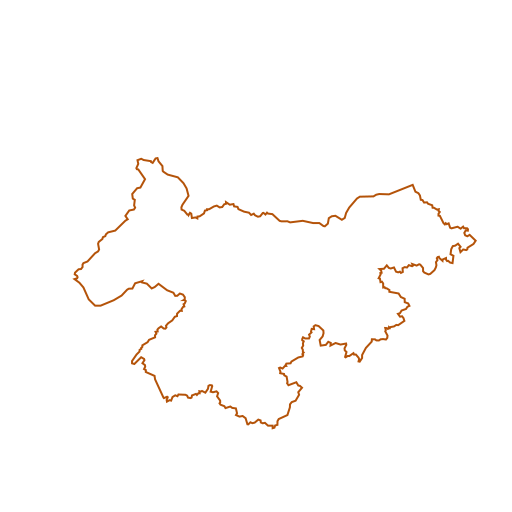 outline of Ambatondrazaka, Alaotra-Mangoro, Madagascar, rotated 44°
{"feature_id": "10022922B15285270155057", "entity_name": "Ambatondrazaka", "entity_type": "district", "adm_level": 2, "iso_a3": "MDG", "parent_name": "Madagascar", "parent_adm1": "Alaotra-Mangoro", "projection": "orthographic", "projection_center": [48.499, -17.866], "detail": "fine", "context": "isolated", "style": "outline", "palette": "amber", "viewbox_px": 512, "rotation_deg": 44, "n_neighbors": 0, "source": "geoboundaries", "source_scale": "gbopen_adm2", "svg_char_len": 6135}
<svg xmlns="http://www.w3.org/2000/svg" viewBox="0 0 512 512"><g transform="rotate(44 256 256)"><path d="M141.5,398.7L147.5,397.9L153.7,398.5L165.8,403.4L174.8,403.5L178.7,399.7L184.4,386.6L186.8,377.8L186.7,369.8L187.2,367.9L189.7,365.3L188.0,359.6L191.5,353.4L191.6,354.4L192.2,354.3L196.7,351.7L203.5,351.8L204.7,348.7L205.2,343.7L215.8,342.4L222.1,339.8L225.6,340.8L227.0,339.3L227.3,335.9L230.3,334.5L233.4,335.1L234.9,336.8L234.6,337.9L235.3,337.2L236.8,337.2L237.7,339.7L237.4,341.0L239.5,342.1L238.9,343.3L239.4,346.1L240.7,347.0L239.4,348.2L239.3,352.3L240.9,354.1L239.8,356.1L240.5,360.5L239.5,365.5L239.7,368.7L241.2,369.6L241.3,371.2L240.0,372.3L236.7,372.6L236.1,375.7L236.2,377.4L237.7,378.6L236.4,380.3L238.3,381.1L238.4,383.2L239.9,384.6L237.3,390.6L237.9,393.3L236.3,399.2L237.4,400.4L237.3,402.0L238.0,402.5L237.5,404.4L238.6,405.7L238.5,409.8L239.8,417.7L241.4,419.3L243.5,418.2L243.7,408.6L247.0,407.8L248.1,408.4L248.8,412.0L251.9,411.6L253.2,412.6L254.0,415.1L256.0,414.6L257.3,416.0L266.3,412.7L269.0,414.8L287.7,422.1L288.5,422.2L289.8,419.0L290.6,418.9L291.7,421.6L293.1,422.6L294.0,419.7L295.4,419.0L293.9,415.4L294.7,412.3L296.9,411.4L296.4,409.5L301.7,404.8L303.5,404.3L305.5,405.1L307.7,403.6L308.0,402.6L306.8,400.8L308.6,396.9L310.0,397.0L309.9,394.7L310.8,393.9L309.2,392.6L310.5,391.8L310.9,390.6L314.5,389.5L313.7,384.9L312.0,382.4L312.5,380.9L314.1,379.7L314.9,380.0L317.6,385.1L319.7,383.9L321.6,380.8L324.0,380.9L325.5,384.0L330.6,384.9L331.9,386.1L332.1,387.3L333.8,387.6L337.6,386.0L339.7,386.6L342.1,382.1L344.4,381.8L347.4,379.6L351.6,382.3L352.1,384.3L355.7,383.0L357.5,380.4L361.2,379.9L366.7,383.0L367.4,382.5L367.5,379.5L369.5,378.8L370.8,376.8L371.3,372.1L373.5,371.1L375.1,372.4L377.0,371.7L378.3,369.8L382.5,369.7L385.8,366.5L387.6,368.3L388.5,366.7L387.5,364.6L388.7,362.6L386.2,359.9L385.6,357.5L389.1,348.6L385.5,341.3L383.5,339.1L383.2,336.3L385.0,332.6L383.4,325.9L381.0,324.6L380.6,318.8L377.8,318.9L376.4,319.8L372.7,318.8L369.1,326.4L366.7,325.9L366.3,324.8L361.8,321.5L359.2,322.2L358.1,321.4L354.8,323.5L353.9,322.2L350.4,320.6L350.9,319.4L353.3,318.5L353.2,315.2L354.1,314.1L353.0,313.8L352.6,312.3L355.4,309.2L354.8,307.3L356.9,299.6L359.3,295.8L358.7,294.4L357.5,294.3L357.3,292.3L356.4,292.5L354.8,290.9L352.8,290.3L352.2,287.7L350.4,286.2L349.6,284.2L347.8,284.5L346.9,283.6L346.3,281.8L348.6,281.2L351.4,278.5L350.7,276.6L348.8,275.7L349.0,272.4L348.0,272.1L346.7,269.7L348.6,268.3L346.4,266.6L346.8,264.5L349.7,262.9L356.2,262.8L358.2,264.6L359.8,267.6L360.1,272.2L364.8,275.5L368.0,271.4L367.6,267.5L370.2,266.6L371.8,268.7L373.7,263.3L378.3,261.0L381.6,256.4L382.7,257.2L383.8,260.9L385.4,262.2L387.8,262.2L390.2,266.7L390.9,266.6L391.4,264.2L392.6,263.2L393.6,258.2L395.0,258.8L396.3,257.5L400.4,257.9L401.8,258.5L403.0,260.6L404.0,260.0L403.2,255.7L401.1,253.5L398.9,245.8L398.7,237.2L397.2,235.4L399.5,233.3L401.2,233.1L403.1,231.4L403.5,229.4L405.1,227.5L407.5,225.8L407.3,223.7L405.9,221.9L401.3,220.4L400.9,219.2L399.0,218.0L400.3,216.9L401.5,216.9L402.0,215.7L401.2,214.8L402.3,214.7L402.0,213.9L404.2,210.8L404.8,208.1L406.3,207.0L407.8,199.6L405.2,198.2L402.9,197.9L401.8,199.6L398.3,199.0L399.3,197.2L398.6,194.1L400.7,189.9L400.2,187.4L401.0,185.3L398.4,184.4L395.1,185.9L392.6,183.5L388.7,184.9L384.6,183.9L376.8,189.1L375.6,187.8L372.4,188.5L371.3,189.4L370.2,189.1L369.4,190.3L366.5,187.4L364.4,187.0L363.7,188.3L360.9,186.2L359.7,186.8L358.4,182.6L357.3,181.9L358.0,180.8L356.2,179.6L353.9,179.6L356.9,176.3L356.6,171.9L359.9,172.3L361.6,171.4L363.2,168.4L367.6,170.0L369.6,169.0L370.4,167.3L372.0,167.5L372.7,165.5L369.9,163.0L370.7,160.7L372.6,159.4L372.3,156.4L375.4,154.9L375.6,153.9L374.0,153.2L378.2,151.3L379.1,148.6L380.2,148.1L384.5,148.6L386.8,150.9L388.6,151.0L392.9,149.4L393.8,147.8L394.2,142.2L393.3,139.3L392.2,137.3L389.7,135.4L389.4,132.9L387.6,132.0L387.4,130.6L388.1,129.5L389.2,130.1L393.5,129.9L392.7,128.9L394.1,125.5L395.2,126.6L397.0,126.9L397.6,126.0L400.2,125.9L402.3,124.6L397.9,118.7L394.7,119.6L391.7,115.5L390.7,112.2L392.1,110.2L392.8,106.8L396.8,107.3L396.8,109.1L400.4,111.2L400.5,107.4L403.1,105.7L403.4,104.5L402.4,103.1L404.1,96.3L403.4,92.4L395.0,92.4L394.3,95.0L392.1,95.8L389.8,94.7L389.1,91.9L390.8,90.6L389.9,89.5L388.6,89.4L386.3,91.5L384.6,91.0L384.2,94.2L380.7,94.9L377.4,100.3L376.0,100.8L371.9,98.7L371.1,100.6L369.7,100.6L369.9,102.1L368.0,102.1L360.4,99.4L359.2,100.2L357.9,98.8L357.6,96.7L355.8,96.7L355.0,95.4L353.9,96.9L350.5,97.7L349.5,98.6L347.5,97.1L343.5,98.9L341.7,98.6L339.8,100.8L336.9,100.1L335.5,101.1L331.9,98.6L329.2,98.0L326.0,99.0L319.3,96.0L308.8,119.3L301.6,125.8L299.9,128.4L299.1,131.5L289.5,141.2L288.7,144.5L289.4,156.4L290.9,162.4L293.4,167.0L292.6,170.3L285.2,171.9L282.9,174.8L282.1,178.2L285.2,182.8L284.9,186.8L283.7,187.6L278.7,188.3L274.1,192.7L265.2,198.2L257.2,208.1L254.5,209.2L250.2,213.4L248.6,214.3L238.7,214.5L235.1,217.2L233.8,217.2L234.0,219.6L231.4,219.8L231.0,220.4L231.4,224.5L230.1,226.4L227.0,227.4L225.0,227.1L224.0,229.9L220.9,229.7L216.6,232.4L210.8,234.5L208.6,233.5L205.8,235.5L203.7,234.3L201.5,237.3L197.0,238.1L198.2,239.2L197.2,240.9L197.7,244.2L196.1,246.3L192.8,247.0L191.3,249.6L189.8,254.9L188.3,256.4L189.0,257.0L187.7,258.8L189.0,261.5L187.9,266.6L186.5,268.3L187.7,269.7L185.7,270.3L183.5,273.2L180.0,270.5L178.5,270.8L179.1,273.4L178.5,273.1L177.9,273.9L173.0,273.3L170.2,274.3L168.5,272.8L167.5,270.2L165.7,259.6L159.1,255.6L153.3,254.0L145.1,253.7L135.9,258.8L130.8,259.7L129.8,259.6L126.2,256.3L120.1,255.6L117.1,254.0L116.0,255.6L117.0,260.8L115.2,261.3L114.5,260.8L108.5,265.0L105.9,265.8L104.2,269.4L107.3,271.5L108.9,275.9L110.0,276.3L111.2,275.5L122.8,277.8L125.3,287.1L123.4,289.8L123.9,297.4L127.5,300.3L129.8,299.8L133.2,304.3L135.5,305.2L135.9,307.4L133.2,311.3L134.2,317.9L138.2,318.7L137.5,321.4L137.1,335.5L133.2,341.7L133.0,344.7L133.8,346.4L132.8,348.8L133.7,350.5L133.1,355.1L133.9,356.9L138.6,360.3L139.2,362.4L138.3,365.8L138.6,377.0L136.8,381.0L137.2,382.7L138.9,384.4L139.2,386.9L137.6,388.8L137.4,393.7L138.3,395.1L141.2,394.6L142.4,395.2L142.8,396.3L141.5,398.7Z" fill="none" stroke="#b45309" stroke-width="2"/></g></svg>